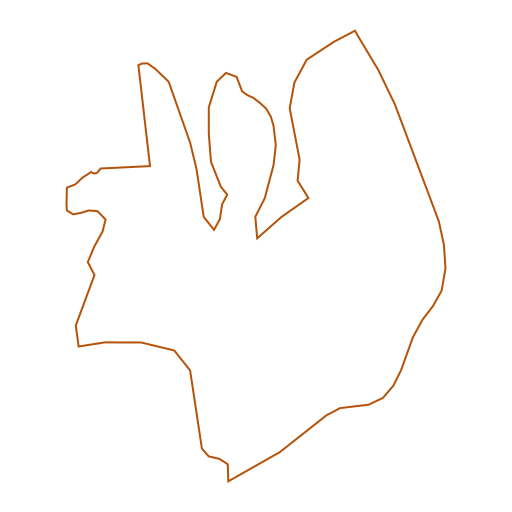 an SVG outline of Laguna
{"feature_id": "PHL-2566", "entity_name": "Laguna", "entity_type": "Province", "adm_level": 1, "iso_a3": "PHL", "parent_name": "Philippines", "parent_adm1": "", "projection": "robinson", "projection_center": [121.266, 14.267], "detail": "fine", "context": "isolated", "style": "outline", "palette": "amber", "viewbox_px": 512, "rotation_deg": 0, "n_neighbors": 0, "source": "natural_earth", "source_scale": "10m", "svg_char_len": 1160}
<svg xmlns="http://www.w3.org/2000/svg" viewBox="0 0 512 512"><path d="M358.6,37.1L378.2,69.8L394.9,104.4L438.9,221.5L443.9,244.7L445.5,268.3L441.6,290.7L433.0,306.0L422.5,319.7L412.9,337.3L401.1,370.1L393.4,385.6L383.0,397.8L368.6,404.7L340.1,408.1L326.6,415.2L279.7,452.2L228.3,481.3L227.8,464.3L219.3,458.8L208.7,456.4L201.9,448.5L190.1,370.4L174.3,350.5L141.1,342.5L104.6,342.4L78.6,346.5L75.8,325.5L94.5,275.0L87.8,262.1L94.4,246.3L102.5,231.7L105.6,219.5L97.4,211.1L88.7,210.5L80.5,213.0L73.2,214.3L66.9,210.5L66.5,204.4L66.9,187.6L75.3,184.4L82.5,177.6L91.2,172.0L94.0,173.6L97.0,172.9L100.7,168.5L150.0,166.1L144.4,117.4L138.4,65.2L141.7,63.6L147.4,63.3L155.3,68.9L168.7,81.8L190.1,142.6L196.6,169.5L203.7,216.8L214.0,229.9L219.9,219.1L222.1,204.3L227.2,194.7L220.8,186.6L211.0,161.9L208.8,133.8L208.8,107.3L216.8,81.7L226.0,72.9L236.6,76.9L242.1,91.4L247.5,95.2L253.4,97.9L260.0,103.0L266.2,108.7L270.8,116.6L273.5,125.6L275.8,145.2L273.6,164.8L264.8,198.1L255.3,216.8L257.2,238.3L281.4,217.0L308.4,198.0L297.6,180.7L299.6,159.6L289.7,108.3L294.4,82.6L306.7,59.7L333.9,41.8L355.0,30.7L358.6,37.1Z" fill="none" stroke="#b45309" stroke-width="2"/></svg>